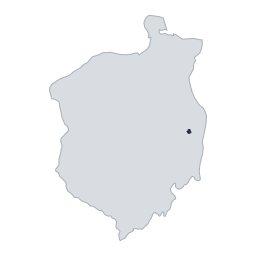 Stejaru, Teleorman, Romania shown in context, rotated 270°
{"feature_id": "2599482B19320375788704", "entity_name": "Stejaru", "entity_type": "district", "adm_level": 2, "iso_a3": "ROU", "parent_name": "Romania", "parent_adm1": "Teleorman", "projection": "orthographic", "projection_center": [24.865, 44.177], "detail": "fine", "context": "in_parent", "style": "filled", "palette": "slate", "viewbox_px": 256, "rotation_deg": 270, "n_neighbors": 0, "source": "geoboundaries", "source_scale": "gbopen_adm2", "svg_char_len": 4029}
<svg xmlns="http://www.w3.org/2000/svg" viewBox="0 0 256 256"><g transform="rotate(270 128 128)"><path d="M204.6,144.2L207.3,147.6L210.6,149.4L218.1,151.0L218.7,150.7L218.8,150.4L218.2,149.9L218.1,149.2L218.4,148.4L219.5,148.3L221.2,148.9L224.3,147.7L228.8,144.7L233.1,143.9L237.1,145.3L239.2,147.1L240.6,148.9L240.4,151.2L240.2,152.6L239.5,158.6L238.9,160.8L237.9,163.3L225.8,166.9L226.5,165.4L226.1,163.0L225.5,161.2L226.5,159.4L223.7,159.0L222.6,159.9L221.7,161.6L222.7,165.2L221.5,167.4L221.0,168.5L221.1,171.2L220.4,172.4L220.3,173.7L222.2,173.3L221.5,175.7L218.0,180.4L216.8,183.1L217.6,193.7L216.2,200.1L216.2,202.0L212.2,202.3L211.0,202.2L207.2,201.4L202.9,199.8L200.3,196.7L198.6,194.4L195.1,195.6L194.4,195.3L193.4,194.2L190.7,193.5L187.3,193.6L179.8,189.6L178.9,188.9L173.1,189.7L164.3,192.0L157.7,194.8L150.8,199.5L148.1,203.1L144.8,205.0L140.2,206.5L131.8,206.0L123.2,204.2L113.9,202.3L108.8,203.3L102.1,202.5L91.8,200.0L84.2,199.2L76.7,200.4L75.5,199.3L75.2,198.1L75.5,196.5L76.6,195.2L78.5,194.2L79.4,193.2L79.6,192.1L77.6,190.4L73.5,188.0L71.8,186.5L71.4,186.1L71.3,184.8L70.5,183.8L68.9,183.0L67.7,181.6L66.8,179.6L67.1,177.8L68.4,176.1L70.0,175.4L72.0,175.7L72.8,175.2L72.5,174.0L70.6,172.4L67.2,170.4L63.6,171.3L59.8,175.1L57.2,175.7L55.7,173.0L52.9,171.3L48.8,170.6L46.3,169.5L45.5,168.0L43.7,166.7L39.8,165.3L39.8,164.1L40.5,163.8L41.9,163.8L43.8,163.6L44.1,162.9L44.1,162.3L42.7,161.5L41.2,160.9L40.5,160.3L40.0,159.7L39.9,159.1L40.4,158.7L41.0,158.7L41.6,158.3L42.0,156.9L42.8,155.8L43.4,155.4L43.4,154.5L42.9,153.6L42.1,152.9L40.9,152.4L37.2,151.0L35.4,149.2L34.3,149.1L32.5,148.1L30.6,146.5L29.0,144.3L27.3,142.8L26.8,142.2L26.8,141.7L27.2,141.1L27.2,140.5L26.8,138.4L27.3,136.2L27.3,134.1L27.3,133.2L27.0,132.9L26.6,133.2L26.2,133.6L25.7,133.6L24.5,132.1L22.9,128.9L21.8,127.8L19.7,126.3L17.9,125.0L16.7,122.4L15.4,120.3L16.3,119.5L21.7,118.7L24.2,119.9L25.3,119.6L26.5,118.7L27.1,118.0L27.2,117.2L27.8,116.3L29.7,115.9L34.4,116.7L36.4,115.5L37.1,114.7L37.6,113.1L38.2,111.8L40.0,111.2L40.0,110.0L39.8,108.7L40.9,105.8L41.6,104.6L42.5,104.2L43.7,103.3L45.8,101.5L45.4,99.8L45.9,98.6L48.1,95.6L49.8,92.8L49.9,91.3L50.1,90.1L51.6,88.7L53.1,87.0L55.3,81.4L56.0,80.5L57.3,79.4L58.3,78.4L58.6,74.7L59.5,73.6L61.2,72.5L63.0,70.6L64.4,68.3L65.5,67.3L66.9,67.1L68.5,66.2L70.2,65.9L71.8,66.4L72.8,66.2L74.4,65.1L78.6,61.0L79.1,60.2L80.0,59.7L83.3,58.3L84.1,56.9L85.3,55.6L86.7,55.7L91.3,59.0L96.3,58.9L97.3,59.0L97.6,59.1L98.2,59.4L104.8,61.1L105.9,60.9L106.2,60.8L108.8,62.1L111.2,61.9L113.5,61.0L115.9,60.7L118.0,61.3L119.7,63.2L123.9,67.1L125.2,68.6L127.2,68.4L129.4,67.6L131.5,65.0L138.3,62.0L143.4,61.2L148.4,59.9L154.2,59.0L155.8,56.5L156.7,54.8L157.3,51.7L160.4,50.8L163.3,50.1L164.4,49.7L166.5,49.5L168.2,49.8L170.8,51.2L172.7,53.1L173.4,54.6L175.1,56.7L176.8,59.6L178.7,63.6L179.2,65.6L179.9,67.8L181.4,70.4L184.0,73.2L184.4,73.8L185.6,75.8L188.1,80.4L190.0,82.1L191.8,84.1L192.6,86.1L193.9,87.9L196.8,90.2L199.1,92.3L201.2,98.6L202.6,101.4L203.5,103.6L203.3,108.2L203.9,110.1L203.0,113.7L201.4,120.8L201.2,126.5L201.6,129.6L201.8,131.5L202.3,132.7L202.9,135.3L203.1,137.6L202.4,138.2L201.5,138.8L201.1,139.3L202.0,140.3L203.3,142.1L204.6,144.2Z" fill="#d9dde1" stroke="#a8b0b8" stroke-width="1"/><path d="M123.9,190.7L124.0,190.6L124.3,190.4L124.6,190.2L124.8,190.1L125.0,189.9L125.2,189.7L125.3,189.7L125.6,189.4L125.7,189.5L125.8,189.6L126.0,189.8L126.2,189.7L126.3,189.5L126.3,189.4L126.3,189.2L126.3,189.3L126.2,189.3L125.9,189.2L126.0,189.1L126.0,188.9L126.1,189.0L126.2,188.9L126.1,188.7L126.0,188.8L125.9,188.7L125.7,188.7L125.4,188.5L125.4,188.4L125.4,188.5L125.3,188.4L125.2,188.4L125.1,188.2L124.9,188.2L124.7,188.1L124.5,187.9L124.4,187.9L124.2,187.9L124.2,188.0L124.2,187.9L124.1,188.0L123.9,188.1L123.7,188.0L123.7,187.9L123.5,188.0L123.4,188.0L123.1,188.3L122.9,188.6L122.8,188.8L122.9,189.0L123.0,189.1L123.0,189.3L123.1,189.5L123.1,189.8L123.2,190.0L123.3,190.1L123.4,190.3L123.5,190.3L123.7,190.5L123.8,190.6L123.9,190.7Z" fill="#64748b" stroke="#1e293b" stroke-width="1.5"/></g></svg>